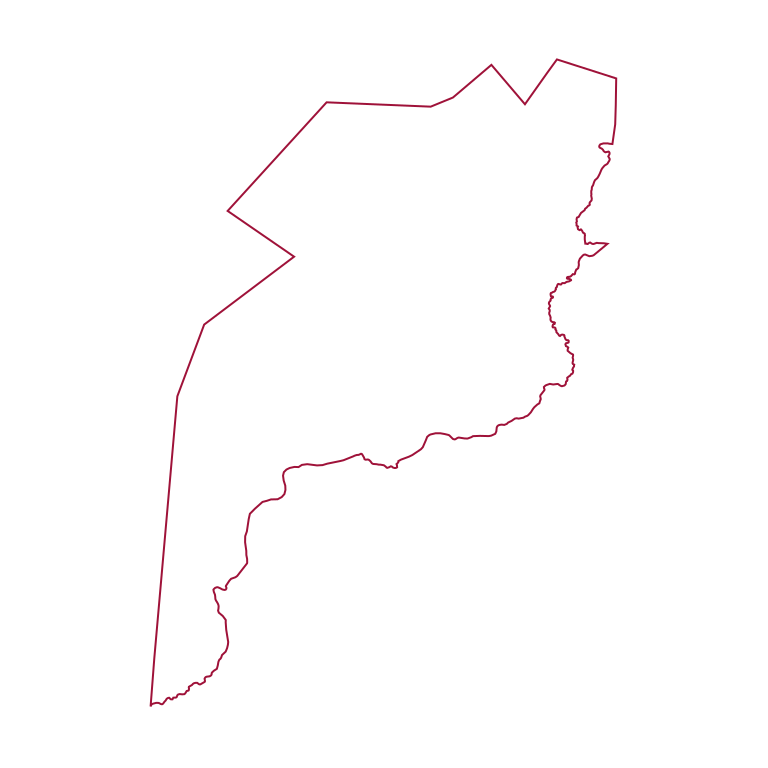 the district of Pilnaniyeu, Río Negro, Argentina, rotated 182°
{"feature_id": "61730980B63808307170695", "entity_name": "Pilnaniyeu", "entity_type": "district", "adm_level": 2, "iso_a3": "ARG", "parent_name": "Argentina", "parent_adm1": "Río Negro", "projection": "mercator", "projection_center": [-70.712, -40.709], "detail": "fine", "context": "isolated", "style": "outline", "palette": "rose", "viewbox_px": 768, "rotation_deg": 182, "n_neighbors": 0, "source": "geoboundaries", "source_scale": "gbopen_adm2", "svg_char_len": 6106}
<svg xmlns="http://www.w3.org/2000/svg" viewBox="0 0 768 768"><g transform="rotate(182 384 384)"><path d="M165.6,531.9L169.1,532.3L174.5,532.3L176.3,532.5L179.3,531.3L180.6,531.3L181.5,531.7L182.9,532.6L183.7,532.4L185.3,531.0L185.9,531.0L186.3,531.4L187.7,531.3L188.4,535.5L188.5,538.3L188.3,539.5L188.6,540.2L188.5,540.9L189.1,541.6L190.4,542.2L191.2,543.8L192.3,545.2L192.6,545.4L193.4,544.8L194.0,544.6L195.5,545.5L196.0,547.3L195.6,548.2L197.1,549.1L197.1,550.7L197.5,552.1L196.9,553.1L197.3,555.4L197.0,556.9L196.6,557.3L195.4,557.6L193.1,561.8L189.6,564.7L189.1,566.2L187.8,567.2L186.1,569.3L185.1,569.7L184.6,570.3L184.9,571.9L184.6,572.8L183.0,574.7L182.8,576.5L183.5,579.4L183.3,581.1L183.5,581.7L183.6,584.2L183.2,585.3L183.1,587.9L182.7,588.9L182.1,589.6L181.1,593.1L180.3,595.0L178.0,597.2L177.1,598.7L175.8,601.5L174.1,606.0L173.2,607.5L171.2,610.0L168.9,611.5L168.1,612.3L167.8,613.1L166.8,614.7L166.3,616.0L166.3,616.8L167.8,619.3L166.7,621.5L166.6,622.7L167.1,623.7L167.7,624.1L170.8,623.3L171.8,623.8L172.7,624.6L173.4,625.8L174.7,626.9L176.2,627.5L176.9,628.0L177.2,628.8L177.0,629.9L176.1,631.1L173.1,632.1L168.8,632.3L167.4,632.0L164.1,631.8L162.0,651.6L162.1,670.6L162.6,697.5L222.5,714.4L231.6,700.9L252.9,668.5L287.8,706.7L325.1,672.7L347.0,662.8L451.2,663.5L546.3,551.5L478.3,508.1L565.8,437.1L590.1,364.5L604.0,101.6L606.0,53.6L605.5,54.9L604.7,56.0L603.5,56.5L600.5,57.4L598.0,57.4L595.9,56.4L595.1,56.2L594.3,56.3L593.5,57.0L592.3,58.8L591.2,60.0L590.2,61.8L589.1,62.6L588.1,62.9L587.6,62.9L586.6,61.8L585.9,61.4L584.4,61.5L583.6,63.2L581.1,63.3L580.2,64.0L580.0,64.8L579.6,65.8L578.9,66.5L577.3,67.0L574.8,66.8L572.6,67.1L571.7,68.1L570.5,70.3L568.7,70.8L568.4,71.3L568.2,72.5L568.5,73.7L568.4,74.6L565.4,76.5L564.4,77.7L563.3,78.4L561.7,78.8L560.2,78.8L558.6,77.6L557.5,77.3L556.9,77.5L552.9,80.0L552.6,80.4L552.6,81.3L552.9,82.6L553.0,83.4L552.4,84.4L551.9,84.9L551.0,85.3L548.0,85.8L547.0,86.5L546.6,86.8L546.2,87.6L546.1,89.1L545.7,89.8L544.0,91.5L541.1,93.5L540.3,96.9L539.8,100.5L539.2,102.2L538.7,103.0L538.0,103.5L537.2,104.8L536.4,107.5L532.9,111.0L531.6,114.5L530.9,117.9L530.7,120.7L533.1,132.9L533.9,140.3L533.9,142.6L537.0,146.5L541.1,149.7L541.9,151.7L541.6,153.7L541.5,155.8L541.7,157.1L542.3,158.6L543.4,160.4L544.4,161.8L545.0,163.2L545.3,166.0L545.6,167.6L546.8,170.3L547.3,172.5L547.0,173.0L545.6,174.4L543.7,175.1L542.8,175.0L540.7,174.2L538.3,173.0L536.3,172.6L535.1,172.9L534.4,173.9L534.4,175.0L535.0,176.3L534.9,176.8L531.7,182.0L530.0,184.0L525.7,185.7L524.0,187.0L514.6,200.0L514.5,200.9L514.7,204.4L515.6,208.3L515.8,212.4L517.3,221.0L517.4,227.1L515.9,231.9L514.5,244.2L513.5,249.6L508.6,254.9L501.3,261.9L496.9,263.2L492.9,264.7L486.3,265.1L482.3,267.4L479.7,270.5L478.8,274.7L479.1,278.9L480.9,284.1L481.7,288.9L481.0,292.4L478.5,295.1L475.3,296.8L470.6,298.0L466.5,298.0L463.2,300.3L457.9,301.2L448.1,300.3L442.6,300.8L437.9,302.4L425.0,305.5L421.8,306.4L411.8,310.8L411.2,311.2L408.8,312.1L406.8,312.3L404.5,313.5L403.5,313.1L401.4,309.8L400.8,308.1L399.7,307.7L397.5,308.0L396.5,307.7L394.8,306.3L393.4,304.4L392.5,303.9L391.7,303.7L388.6,303.6L386.2,303.2L385.1,303.3L381.3,302.8L379.3,301.4L378.7,300.7L377.9,300.3L375.9,301.0L374.3,302.0L373.2,301.7L372.3,300.9L370.6,300.4L369.2,300.5L368.0,301.2L368.2,303.2L368.7,304.4L368.0,305.0L367.0,306.3L367.0,307.4L364.4,309.0L356.6,312.2L353.2,314.0L344.8,320.1L343.0,322.2L340.3,329.0L339.0,332.7L336.9,334.6L335.7,335.2L330.6,336.6L325.8,336.7L321.6,336.1L318.1,335.4L317.0,335.0L313.2,331.5L311.7,331.1L310.7,331.3L308.7,332.7L307.4,333.1L301.5,332.4L298.6,332.4L294.9,333.9L293.2,335.0L286.3,335.5L277.4,335.6L275.1,336.1L271.1,338.1L270.1,340.5L269.8,344.5L269.4,345.5L268.8,346.2L268.0,346.8L266.8,347.2L265.0,347.5L262.4,347.3L259.9,348.4L258.6,349.8L255.2,351.6L252.0,354.0L250.2,354.4L248.2,354.1L243.4,355.2L242.1,356.2L239.7,357.2L238.7,358.0L236.2,360.9L234.3,364.2L233.0,366.0L230.0,368.9L228.1,370.1L227.3,373.2L226.9,373.8L226.9,374.9L227.5,377.2L227.2,378.3L223.5,383.4L223.4,384.3L223.9,385.3L224.1,386.6L222.7,388.0L221.7,388.6L218.3,389.9L214.9,389.4L210.7,390.1L209.7,389.9L208.6,389.0L207.0,388.2L206.1,388.0L203.6,388.8L202.5,390.0L202.3,391.1L202.2,392.5L201.9,393.1L201.2,393.4L200.9,394.1L200.8,395.2L201.0,395.4L201.1,396.7L198.9,398.5L198.4,398.7L197.4,400.3L196.1,400.9L195.5,402.2L195.4,403.6L195.5,404.0L196.0,404.3L196.3,404.8L195.8,406.4L194.7,408.3L194.7,409.0L194.8,409.3L194.6,410.0L195.9,410.6L196.3,411.4L196.2,412.5L195.8,414.1L195.8,415.2L196.4,416.8L196.0,418.9L196.1,420.0L198.7,421.3L201.6,423.6L201.7,424.3L201.6,425.2L201.1,426.8L202.0,427.6L203.5,428.2L204.1,430.1L203.5,431.1L201.6,431.6L201.0,432.0L200.9,432.8L201.0,433.7L201.6,434.2L203.2,434.2L204.2,435.2L205.5,438.1L205.4,438.8L205.8,439.3L207.3,439.6L208.4,439.4L209.0,439.0L209.5,438.3L209.8,438.1L210.7,438.5L211.6,439.9L213.5,441.8L213.7,443.5L214.6,444.4L214.4,444.9L214.6,445.8L215.3,446.4L217.2,446.5L217.5,447.0L217.6,447.7L217.2,449.2L216.6,449.8L215.7,449.9L215.3,451.1L215.9,451.6L217.8,451.8L218.9,452.4L219.6,453.3L219.9,454.4L219.8,456.3L220.5,458.3L221.2,459.3L221.4,460.8L220.9,462.6L221.0,463.8L222.0,465.1L221.0,467.0L220.7,467.7L221.0,468.4L221.6,469.2L222.0,470.2L222.0,470.9L221.7,471.7L221.2,472.4L220.9,472.5L220.4,473.2L220.5,474.1L220.3,474.8L219.0,476.1L218.6,476.0L218.2,476.3L218.1,476.8L218.3,477.2L219.1,477.4L219.6,477.2L220.2,477.4L220.5,478.5L220.7,479.7L220.5,480.5L220.3,480.8L219.3,481.1L218.6,481.7L217.0,482.3L216.2,483.1L215.9,484.1L215.5,484.5L215.7,485.7L215.4,486.3L214.8,486.7L214.3,488.6L214.0,489.4L213.5,490.0L213.0,490.1L211.3,489.6L210.7,489.6L210.3,489.8L210.0,490.5L209.2,491.1L206.9,491.1L205.2,492.4L202.7,493.0L200.7,494.2L200.8,494.7L201.2,495.0L202.7,495.5L204.4,495.6L204.7,495.8L204.9,496.1L204.8,496.9L204.1,497.4L201.9,497.7L200.8,498.4L199.1,500.4L197.7,500.2L197.2,500.5L196.9,501.2L196.9,502.1L196.0,504.7L195.7,505.2L195.3,505.3L194.0,506.5L193.4,509.7L193.7,512.5L193.5,513.5L192.6,516.1L189.7,519.5L188.5,520.3L187.3,520.4L183.3,518.9L180.4,519.4L179.0,520.0L165.6,531.9Z" fill="none" stroke="#9f1239" stroke-width="2"/></g></svg>